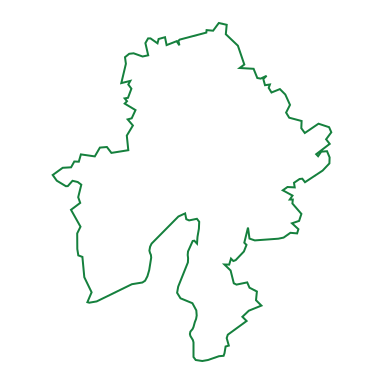 SVG path tracing the border of Namur
{"feature_id": "BEL-3476", "entity_name": "Namur", "entity_type": "Province", "adm_level": 1, "iso_a3": "BEL", "parent_name": "Belgium", "parent_adm1": "", "projection": "albers", "projection_center": [4.867, 50.216], "detail": "fine", "context": "isolated", "style": "outline", "palette": "green", "viewbox_px": 384, "rotation_deg": 0, "n_neighbors": 0, "source": "natural_earth", "source_scale": "10m", "svg_char_len": 2372}
<svg xmlns="http://www.w3.org/2000/svg" viewBox="0 0 384 384"><path d="M189.1,220.4L186.3,219.2L185.1,213.4L178.4,216.5L151.6,243.6L150.1,246.7L149.4,250.6L150.0,252.9L150.9,254.9L151.2,257.6L149.2,270.1L147.4,276.3L145.1,280.7L142.4,282.5L131.9,284.2L96.7,301.4L89.3,302.7L87.4,302.2L88.1,300.5L91.6,292.3L84.3,277.2L82.4,256.9L78.3,255.4L77.3,249.0L77.2,233.4L80.5,226.7L71.0,209.8L80.2,202.9L78.2,197.2L81.3,184.7L77.7,182.0L72.5,180.8L67.8,186.1L65.9,186.2L56.8,180.7L52.7,175.0L62.7,167.8L71.1,167.3L74.3,161.5L78.8,161.7L80.9,154.4L94.8,156.4L99.9,147.6L106.9,147.0L111.4,152.9L128.3,150.2L126.8,135.6L132.9,125.5L127.7,119.4L131.7,118.3L135.5,110.1L124.7,103.6L127.0,101.2L124.7,98.4L128.0,97.8L131.4,88.7L128.3,84.5L130.3,80.9L121.3,83.1L125.9,63.8L125.0,57.2L129.2,53.8L133.6,53.3L142.6,56.5L148.2,55.3L145.4,43.1L148.1,38.4L150.5,38.4L157.5,43.3L158.6,39.0L165.0,37.2L166.6,45.1L176.6,41.2L179.4,45.3L178.4,40.8L179.7,39.6L206.3,32.6L206.6,30.1L213.1,30.7L218.8,23.0L226.7,24.8L225.8,34.2L237.9,45.7L244.3,64.5L239.7,68.0L253.6,68.8L257.3,78.0L260.7,78.6L266.6,75.8L263.3,79.0L265.0,85.2L269.9,84.5L268.7,87.9L271.5,92.5L279.9,89.1L285.3,94.5L290.0,104.9L286.1,112.6L289.2,117.7L301.6,121.0L301.3,128.2L304.8,133.0L318.5,123.7L329.1,127.2L331.3,132.3L326.1,139.3L329.7,143.9L316.2,154.2L318.1,156.2L321.2,151.7L327.0,151.2L329.6,157.4L329.4,163.4L322.6,170.6L305.0,182.2L302.3,178.7L299.6,179.0L294.0,182.8L294.7,187.4L287.5,187.0L282.8,190.3L292.5,195.6L289.8,199.5L292.8,199.5L292.4,203.5L301.4,213.9L299.1,220.9L292.0,223.3L298.4,229.2L297.1,233.4L290.4,232.8L283.6,237.6L278.3,238.7L254.8,240.4L249.5,238.6L248.0,227.6L244.3,242.7L246.5,244.9L243.9,251.5L235.7,260.1L233.3,261.0L231.0,258.6L229.2,264.6L224.4,264.5L230.6,270.5L233.8,283.3L236.5,284.6L247.2,282.4L249.5,287.7L256.9,291.5L256.0,300.2L261.4,305.6L248.8,310.7L242.4,316.8L246.6,321.0L227.8,334.7L226.7,338.1L228.8,345.6L225.6,346.5L224.5,353.2L223.6,355.8L219.0,356.2L208.0,360.0L202.3,361.0L195.7,360.0L193.5,357.0L193.5,342.4L192.9,340.1L190.4,336.0L189.9,334.0L190.4,331.6L192.6,329.0L193.5,327.0L194.8,322.2L196.1,318.9L196.7,315.5L196.3,310.4L192.4,303.2L180.5,298.3L177.1,292.8L178.2,286.6L187.9,262.4L188.1,258.2L187.7,255.0L188.0,251.5L192.7,241.0L194.3,240.7L197.0,243.6L197.5,236.8L198.9,228.7L199.2,221.8L196.9,218.8L189.1,220.4Z" fill="none" stroke="#15803d" stroke-width="2"/></svg>